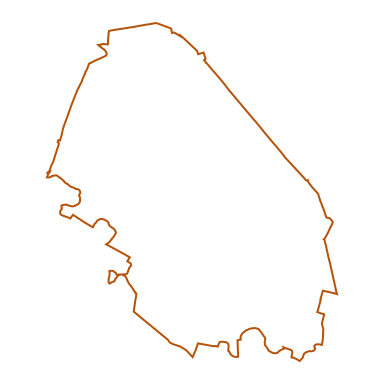 Salcea, Suceava, Romania (Albers equal-area conic projection)
{"feature_id": "2599482B6511307834665", "entity_name": "Salcea", "entity_type": "district", "adm_level": 2, "iso_a3": "ROU", "parent_name": "Romania", "parent_adm1": "Suceava", "projection": "albers", "projection_center": [26.345, 47.647], "detail": "fine", "context": "isolated", "style": "outline", "palette": "amber", "viewbox_px": 384, "rotation_deg": 0, "n_neighbors": 0, "source": "geoboundaries", "source_scale": "gbopen_adm2", "svg_char_len": 5894}
<svg xmlns="http://www.w3.org/2000/svg" viewBox="0 0 384 384"><path d="M321.9,344.9L322.4,342.0L322.9,338.1L323.3,328.4L322.9,327.7L322.4,325.9L321.9,323.5L324.2,314.3L321.3,313.5L317.3,312.0L318.5,308.1L320.8,299.6L320.4,299.5L322.9,290.7L333.6,293.1L337.0,294.1L336.6,293.0L335.1,286.3L334.7,284.2L333.4,278.5L333.2,277.8L333.0,276.7L331.7,270.6L331.4,269.7L330.3,264.3L328.4,257.1L325.9,245.5L325.5,244.2L324.4,239.7L324.0,239.4L324.4,239.3L324.6,239.0L325.0,238.1L325.8,236.7L326.9,234.7L328.0,232.6L330.5,227.2L332.1,224.1L332.8,221.9L330.5,218.9L329.9,218.3L329.5,218.2L327.7,217.9L326.8,217.6L326.5,217.4L326.2,217.1L325.9,216.5L325.7,215.5L324.7,212.4L323.9,210.2L323.5,208.8L322.5,206.7L321.9,204.9L320.6,201.7L319.1,197.2L318.3,194.4L318.0,193.9L317.6,193.2L311.7,186.7L310.7,185.2L309.4,183.7L308.5,182.1L308.0,180.9L307.7,180.0L306.3,180.6L304.4,178.3L284.4,156.7L283.9,155.6L277.8,148.3L270.3,139.5L263.5,131.3L255.7,121.6L255.0,121.0L253.6,119.4L229.2,90.4L224.3,84.0L219.7,78.4L210.9,68.3L206.7,63.2L205.7,62.7L205.6,61.8L204.0,60.1L205.6,58.8L203.6,52.6L198.1,54.2L197.2,51.0L191.2,45.3L184.1,38.6L180.3,35.5L180.4,36.2L174.1,32.5L172.1,33.0L171.6,31.0L171.1,28.6L169.7,27.9L168.8,27.6L163.7,25.7L156.2,23.0L154.2,23.3L150.1,24.1L146.4,24.6L140.2,25.7L134.3,26.8L114.0,30.0L109.1,30.9L108.6,33.0L108.5,35.0L108.2,38.3L108.0,42.0L107.9,43.8L107.9,44.4L103.2,44.0L102.3,44.1L101.7,44.4L100.9,44.6L100.0,44.8L98.3,44.9L100.1,46.6L101.7,47.7L103.3,49.1L103.6,49.1L103.9,49.3L104.9,50.4L105.8,51.6L106.5,52.8L106.7,53.3L106.5,54.3L106.3,55.3L106.1,55.5L105.7,55.8L103.8,56.8L103.1,57.1L102.4,57.3L99.4,58.8L97.3,59.6L92.9,61.7L91.8,62.3L90.4,63.1L89.0,63.7L88.2,66.1L87.0,69.2L86.7,69.8L85.3,72.1L85.0,73.5L84.6,74.5L83.4,77.0L82.5,79.3L81.8,81.4L79.2,86.5L77.3,90.2L74.8,96.6L73.8,99.1L71.8,104.2L68.1,114.4L67.5,116.4L65.6,121.2L65.4,122.1L64.8,123.4L63.0,128.6L61.9,133.8L61.2,136.7L59.9,140.6L58.5,140.1L57.6,142.0L59.0,143.5L54.4,157.8L53.1,162.2L51.6,164.8L49.3,171.2L49.5,171.2L49.4,171.3L49.8,171.5L49.7,171.7L49.3,171.5L49.1,171.7L49.7,172.0L49.0,173.0L47.9,172.3L47.3,173.1L48.3,173.9L47.0,177.4L49.8,177.4L51.4,176.7L51.5,176.6L51.4,176.4L52.0,175.9L52.9,175.9L55.1,175.4L56.4,175.4L57.0,175.5L59.7,177.7L61.2,178.5L62.6,179.9L63.7,181.0L64.2,181.3L64.4,181.9L65.0,182.5L66.1,183.3L67.0,183.8L67.8,184.3L68.6,184.8L69.6,185.9L70.1,186.4L72.3,187.3L72.7,187.3L73.9,187.8L74.7,188.2L75.4,188.8L76.1,189.0L78.1,189.3L79.2,189.9L79.4,190.3L80.1,191.4L80.3,192.3L80.2,193.1L79.9,193.7L79.4,194.4L79.1,195.1L79.0,195.4L79.6,196.7L79.9,197.4L80.1,198.3L80.0,200.5L79.9,201.6L79.6,202.2L79.1,203.0L78.2,203.9L77.3,204.6L76.2,205.2L74.6,205.9L73.2,206.3L72.0,206.4L69.2,205.7L66.6,204.9L66.1,204.5L65.4,204.7L62.7,205.1L62.2,205.3L61.6,205.5L61.5,205.8L61.4,206.3L61.8,208.2L61.8,208.5L61.8,208.8L61.7,209.1L61.4,209.6L60.7,210.2L60.4,210.7L60.2,211.6L60.1,212.8L60.2,213.5L60.3,213.9L61.4,215.0L64.4,216.2L68.5,217.6L69.8,218.3L70.4,218.5L70.7,217.8L71.5,216.8L73.0,214.8L77.9,218.1L80.6,219.7L82.4,221.1L85.4,222.9L92.5,227.1L93.0,227.2L93.6,225.7L94.0,225.1L94.4,224.2L95.0,223.5L95.8,222.8L96.2,222.3L97.1,220.9L98.1,220.1L99.5,219.4L101.1,218.9L103.5,219.3L104.2,219.6L105.6,220.3L107.7,221.7L108.1,222.1L108.4,222.5L108.5,222.9L108.5,223.5L108.6,224.0L109.0,224.7L109.7,225.9L110.1,226.3L110.5,226.6L111.4,227.1L113.8,228.8L114.6,229.8L115.8,231.8L115.9,232.5L115.7,233.3L115.1,234.5L114.3,235.8L113.2,237.3L111.2,239.7L109.6,241.9L107.7,243.4L106.2,244.4L120.9,252.3L129.1,256.9L129.8,257.3L127.3,261.3L130.1,263.0L130.5,263.3L130.9,263.8L131.0,264.3L131.0,264.9L130.9,265.6L130.7,266.1L129.4,267.7L129.1,268.2L127.7,272.1L127.4,273.1L127.0,273.6L126.7,273.9L126.2,274.1L125.3,274.3L116.8,274.7L116.5,274.5L115.7,272.8L114.2,271.9L113.5,271.2L112.9,270.9L112.4,270.8L111.1,270.8L110.2,270.9L109.3,271.2L109.5,271.8L109.6,274.2L109.5,275.5L109.2,276.7L109.0,277.8L108.7,278.4L108.6,278.9L108.6,281.7L108.8,282.4L109.3,283.4L109.6,283.5L109.7,283.2L109.8,283.1L110.4,283.1L111.7,282.2L113.0,281.8L113.7,281.7L113.9,281.3L114.2,281.2L114.6,280.9L115.1,279.6L115.4,279.0L116.5,277.6L116.7,277.3L117.0,276.8L117.8,275.9L118.5,275.3L118.9,275.1L119.7,274.8L121.2,274.5L122.3,274.7L123.6,275.2L124.4,275.6L125.2,276.3L126.1,277.4L127.8,281.4L129.0,283.5L129.6,284.5L130.1,285.1L130.4,285.2L132.2,287.9L132.9,288.8L133.4,289.7L134.0,290.8L134.3,291.1L134.7,291.4L135.1,292.2L135.4,292.8L135.5,293.2L135.8,293.4L136.4,293.5L136.3,294.4L134.3,307.4L133.7,311.6L167.9,339.8L169.9,342.6L173.2,344.2L180.0,346.4L186.2,350.2L192.6,357.1L195.7,350.0L198.0,343.4L208.0,345.2L213.2,346.2L213.8,346.2L215.6,346.0L216.5,346.2L217.7,346.6L218.9,343.5L219.4,342.5L220.2,341.9L220.5,341.8L221.8,341.7L222.4,341.7L225.1,342.0L226.7,342.5L227.5,343.1L228.4,344.3L228.6,345.6L228.6,347.7L228.3,349.5L228.1,350.2L228.2,350.8L228.6,351.1L229.3,351.5L229.8,352.8L231.0,354.7L232.2,355.7L233.3,356.4L235.3,356.9L237.0,356.9L237.9,356.9L238.2,356.5L237.9,350.5L237.5,340.3L239.5,339.8L240.2,339.8L240.7,339.7L240.5,338.3L240.6,337.1L240.9,335.9L241.4,334.9L242.3,333.5L244.7,331.4L245.7,330.6L247.7,329.8L249.3,328.9L251.1,328.4L252.8,328.3L254.4,328.0L255.6,328.2L257.6,328.7L258.7,329.2L261.8,333.1L263.9,336.3L264.9,337.5L265.1,338.1L265.1,339.1L265.2,339.9L264.7,341.8L264.8,342.6L264.9,343.6L264.8,344.8L266.1,346.4L267.4,348.5L268.3,349.9L268.5,350.5L270.9,352.0L272.8,352.9L273.9,353.2L275.5,353.2L276.9,353.1L277.6,352.6L278.9,351.3L280.5,350.2L281.6,349.6L283.1,349.1L284.3,348.5L284.1,348.1L283.5,347.5L283.4,347.2L285.8,348.2L290.9,349.9L291.8,350.7L292.3,351.8L292.2,353.4L291.9,354.7L291.6,355.9L291.6,357.5L293.1,357.6L293.5,357.7L296.8,359.2L299.7,361.0L302.7,357.7L303.7,354.4L304.0,353.8L306.0,352.3L309.3,351.1L311.8,351.3L313.8,350.6L314.9,349.3L315.1,348.1L314.2,346.7L314.4,345.9L315.4,344.8L316.7,344.3L319.6,344.4L321.9,344.9Z" fill="none" stroke="#b45309" stroke-width="2"/></svg>